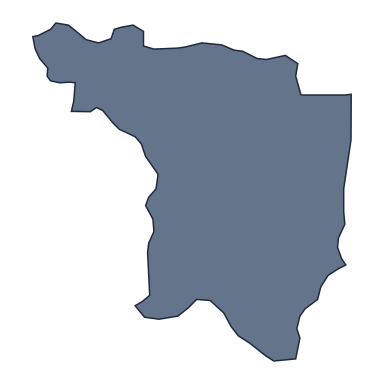 outline of Yeoju, Gyeonggi, South Korea
{"feature_id": "91817680B81929081090334", "entity_name": "Yeoju", "entity_type": "district", "adm_level": 2, "iso_a3": "KOR", "parent_name": "South Korea", "parent_adm1": "Gyeonggi", "projection": "mercator", "projection_center": [127.578, 37.276], "detail": "fine", "context": "isolated", "style": "filled", "palette": "slate", "viewbox_px": 384, "rotation_deg": 0, "n_neighbors": 0, "source": "geoboundaries", "source_scale": "gbopen_adm2", "svg_char_len": 1151}
<svg xmlns="http://www.w3.org/2000/svg" viewBox="0 0 384 384"><path d="M32.8,36.6L35.1,48.7L39.8,58.8L43.8,63.4L47.8,68.1L47.1,76.1L50.5,80.8L59.8,82.8L69.8,82.1L75.2,82.8L73.8,100.8L71.4,111.4L90.3,111.7L96.5,107.5L102.8,110.6L113.2,123.2L119.5,129.4L135.1,136.7L141.4,144.0L145.6,156.5L158.1,174.3L156.0,188.9L148.7,197.2L145.6,205.6L152.9,219.1L153.9,231.6L148.7,243.1L147.6,252.5L149.7,295.3L142.4,301.5L135.1,305.7L144.5,317.2L159.1,319.2L177.9,316.1L188.3,307.8L196.7,299.4L210.2,300.5L223.8,313.0L231.1,326.5L238.4,335.9L249.8,343.2L265.5,355.7L273.8,361.0L295.7,358.9L299.9,338.0L296.8,328.6L299.9,316.1L305.1,308.8L317.6,299.4L320.8,286.9L328.1,275.4L337.5,269.2L341.2,267.3L345.8,265.0L341.6,258.7L337.5,247.3L338.5,237.9L344.8,224.3L343.7,211.8L343.7,188.9L351.0,139.9L351.2,94.3L344.8,95.0L301.0,95.0L295.7,76.2L297.8,63.7L285.3,55.4L266.5,59.5L257.1,58.5L242.5,51.2L234.2,50.2L221.7,44.9L201.9,42.9L185.2,47.0L177.9,48.1L153.9,49.1L143.5,46.0L143.5,31.4L133.0,25.1L121.6,27.2L114.3,29.3L111.1,38.7L98.6,42.9L86.1,39.7L78.8,33.5L68.4,25.1L55.9,23.0L50.6,29.3L38.1,35.6L32.8,36.6Z" fill="#64748b" stroke="#1e293b" stroke-width="1.5"/></svg>